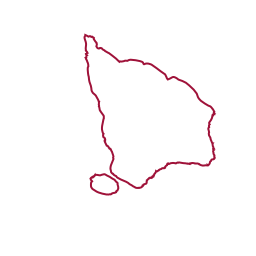 the district of Tutuala, Lautém, East Timor, rotated 125°
{"feature_id": "22284137B2107732035789", "entity_name": "Tutuala", "entity_type": "district", "adm_level": 2, "iso_a3": "TLS", "parent_name": "East Timor", "parent_adm1": "Lautém", "projection": "equal_earth", "projection_center": [127.23, -8.446], "detail": "fine", "context": "isolated", "style": "outline", "palette": "rose", "viewbox_px": 256, "rotation_deg": 125, "n_neighbors": 0, "source": "geoboundaries", "source_scale": "gbopen_adm2", "svg_char_len": 5601}
<svg xmlns="http://www.w3.org/2000/svg" viewBox="0 0 256 256"><g transform="rotate(125 128 128)"><path d="M62.5,88.5L60.4,91.4L58.9,96.2L58.0,102.4L57.7,106.5L58.3,110.4L59.4,114.4L59.3,116.8L59.6,118.8L59.9,119.6L60.3,120.2L60.8,120.7L63.3,121.9L65.4,123.2L65.2,124.0L64.7,125.1L64.3,125.6L62.8,128.3L62.8,133.9L62.6,138.8L62.6,142.5L62.6,145.0L62.8,146.0L63.5,148.1L64.3,149.5L65.2,150.5L66.3,151.2L66.6,151.5L66.6,151.9L65.8,153.3L65.7,154.3L66.0,155.4L66.4,156.7L68.1,160.6L70.5,164.9L71.4,165.9L72.2,166.5L73.2,166.9L74.5,169.0L75.7,169.8L77.0,171.1L77.7,172.0L78.0,172.8L78.2,173.0L78.7,173.0L78.7,173.4L78.0,177.7L77.7,183.0L77.6,186.7L77.8,187.6L78.1,191.1L77.9,191.7L78.1,193.2L78.1,194.1L77.8,195.0L77.8,195.4L78.1,196.3L78.3,196.5L78.6,196.9L79.0,196.9L79.7,197.6L80.0,198.6L80.0,198.9L79.3,200.7L77.5,201.4L77.0,201.8L76.6,202.5L76.4,202.5L76.2,202.7L75.9,204.2L74.8,207.0L74.5,207.4L73.8,207.5L73.7,207.8L73.8,208.5L73.7,209.7L73.8,209.9L74.4,210.2L74.5,211.7L75.0,212.3L75.8,212.7L75.9,213.0L76.0,214.6L76.3,216.3L76.9,215.9L78.0,215.9L78.7,215.6L79.7,214.7L81.8,211.9L83.0,210.7L84.0,210.0L86.9,208.4L88.2,207.3L88.6,206.8L88.8,206.8L89.2,205.1L89.7,204.3L90.0,204.6L91.0,204.5L91.3,204.8L91.4,204.7L91.6,204.8L91.9,204.2L91.8,203.8L91.9,203.5L92.1,203.7L93.4,203.1L94.1,202.6L94.8,203.0L95.1,202.2L95.7,201.7L95.9,201.1L96.6,199.9L97.1,199.4L97.2,199.1L97.6,198.4L98.8,197.0L100.3,195.8L101.3,195.7L101.9,195.4L103.4,194.4L105.9,192.3L107.4,190.9L108.6,189.5L110.9,187.5L112.4,185.9L114.7,182.7L116.3,181.0L117.9,179.6L118.6,178.7L119.4,176.9L119.7,174.0L119.9,173.0L121.8,169.1L122.5,167.9L123.0,167.3L123.2,166.9L123.1,166.7L123.9,166.4L125.0,165.6L125.4,165.5L126.3,164.5L127.1,164.2L127.3,163.6L129.5,161.4L129.9,160.7L130.0,160.1L130.3,159.6L131.8,155.2L132.2,154.6L134.2,153.2L134.7,153.2L141.1,150.4L142.7,149.5L144.1,148.5L146.0,146.4L146.6,145.5L146.8,144.7L147.5,144.7L148.0,144.3L148.5,144.1L149.2,143.4L149.6,142.8L149.5,142.5L149.6,142.2L149.5,141.6L150.0,140.6L150.5,140.1L150.9,140.2L151.3,139.7L151.7,139.8L151.8,139.4L152.2,139.5L152.4,139.4L154.7,135.3L154.4,134.7L154.5,133.6L154.8,132.9L155.1,132.6L155.1,132.2L155.5,131.5L155.4,131.1L155.6,130.0L155.6,129.9L155.4,129.9L155.5,129.7L156.5,128.0L156.6,127.6L158.9,124.5L159.8,123.5L160.6,123.3L161.0,123.1L161.5,122.3L161.8,122.1L168.3,120.6L170.0,119.9L171.5,119.0L173.0,117.3L173.8,116.6L174.1,115.7L174.3,114.3L174.1,114.1L174.1,113.8L174.5,112.8L174.4,110.9L174.2,110.2L174.3,109.8L174.7,108.9L174.7,108.0L174.3,104.4L173.1,98.6L172.9,96.2L173.1,94.5L172.8,92.3L172.8,90.0L172.5,88.6L172.6,87.8L172.2,86.7L170.8,84.6L170.6,84.4L170.5,84.5L170.1,84.0L169.2,83.2L167.7,82.7L167.2,82.7L167.0,82.9L166.8,82.6L166.3,82.7L166.1,82.6L165.8,82.9L165.5,82.9L163.7,81.7L163.5,81.4L163.0,81.2L162.2,81.3L161.5,81.7L161.4,81.9L160.6,82.3L160.6,82.2L159.9,82.3L158.5,82.3L157.9,81.9L156.9,82.0L156.4,81.7L156.2,81.2L155.8,81.2L155.7,81.0L155.6,80.8L155.5,80.3L155.0,80.3L154.7,79.7L154.4,79.7L153.8,80.2L153.3,79.8L153.1,79.3L152.2,79.5L151.8,79.6L151.8,79.8L151.5,79.7L150.8,80.0L150.1,80.0L149.7,79.8L149.2,79.8L148.8,80.0L148.0,79.9L147.2,80.3L147.2,79.7L146.9,79.3L146.0,79.0L145.1,78.5L144.7,78.6L144.4,78.4L143.9,78.3L142.4,77.2L141.3,76.9L140.3,75.4L139.8,75.4L139.8,75.1L139.6,74.9L139.2,74.8L138.1,75.3L137.0,75.1L136.1,74.7L135.7,75.0L135.2,75.1L134.9,74.8L134.8,75.0L134.5,74.8L134.2,75.0L134.1,74.9L133.8,74.6L133.8,74.2L133.8,73.7L132.2,72.7L130.8,71.1L129.8,69.3L129.8,69.0L129.6,68.6L129.3,68.3L128.8,68.2L127.9,67.6L127.8,67.2L127.6,67.2L126.8,66.2L125.2,62.8L123.7,60.2L123.2,58.9L122.9,58.8L122.3,57.3L122.2,57.4L121.7,57.2L121.5,56.7L121.4,56.8L121.3,56.7L121.1,56.6L119.8,55.3L118.9,53.7L118.7,52.8L118.3,52.4L118.2,52.0L117.3,50.9L116.7,49.3L116.7,48.9L116.9,48.8L116.6,47.0L115.9,45.2L115.2,44.3L114.0,43.0L113.1,41.5L112.8,41.2L112.7,41.3L112.7,41.1L112.0,40.8L110.8,40.7L109.7,40.9L108.9,41.3L108.2,41.4L107.5,41.1L106.2,41.4L105.5,41.1L104.7,40.1L104.1,39.8L103.7,40.0L103.2,39.7L102.7,39.9L102.5,40.0L102.2,40.7L102.0,40.9L101.2,41.2L101.0,41.6L100.7,41.7L100.6,41.9L100.5,42.4L100.3,42.8L99.9,43.2L99.8,43.4L99.3,43.7L98.6,44.6L98.1,45.0L97.3,45.2L96.9,45.1L96.8,45.7L96.3,46.3L95.6,46.6L95.5,46.4L95.4,46.7L94.8,47.0L94.2,48.1L92.4,49.8L91.9,49.8L92.1,50.2L91.9,50.6L90.0,53.6L88.6,55.1L87.6,57.3L86.8,58.1L86.1,58.7L85.0,59.1L84.9,59.3L84.3,59.8L82.7,61.7L81.8,62.1L80.7,62.0L80.3,62.6L79.5,63.1L78.7,63.3L78.2,63.2L78.1,63.6L77.9,63.9L77.2,64.5L76.8,64.6L73.7,64.6L71.5,65.0L69.7,65.8L69.4,65.7L69.4,65.9L69.0,66.2L68.3,66.0L68.3,65.8L67.9,66.0L67.4,65.7L66.8,65.4L66.8,65.5L66.8,65.4L66.6,65.5L66.5,65.8L66.4,66.3L66.1,66.3L65.8,66.7L65.2,66.6L63.9,69.3L63.9,69.7L63.4,71.1L63.1,72.6L63.1,73.0L63.6,75.0L63.9,79.2L63.9,83.9L63.4,86.3L63.0,87.5L62.5,88.5ZM186.3,101.3L185.3,100.8L183.1,101.3L181.8,102.3L180.0,104.4L179.2,104.8L178.9,105.3L178.8,107.0L178.2,109.0L178.1,109.4L178.4,111.5L178.5,115.0L179.0,118.1L179.1,119.9L179.5,121.0L181.3,122.6L182.7,123.6L183.2,124.4L184.0,126.2L185.0,127.7L185.8,128.0L185.7,128.1L186.1,128.1L186.6,127.9L187.0,127.9L187.2,128.0L187.4,128.6L187.8,128.7L188.0,128.6L188.3,129.1L188.5,129.2L188.9,129.1L189.0,128.9L189.1,129.0L189.3,129.0L189.6,129.5L190.1,129.7L190.9,129.7L191.0,129.4L191.7,128.8L192.2,126.8L193.5,127.0L193.8,126.8L194.1,126.8L195.0,126.3L196.7,125.1L197.4,124.4L197.8,123.6L198.2,122.6L198.3,121.8L198.1,117.2L197.7,115.1L196.5,111.4L194.9,107.7L193.6,105.7L192.7,104.9L192.3,104.1L191.6,103.7L191.2,103.8L189.8,102.9L188.7,101.7L187.4,100.9L187.1,101.0L186.8,101.3L186.3,101.3Z" fill="none" stroke="#9f1239" stroke-width="2"/></g></svg>